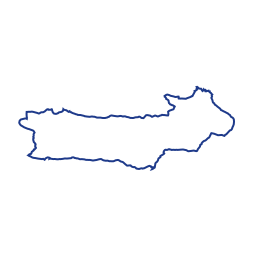 Pesca, Boyacá, Colombia, rotated 252°
{"feature_id": "7082276B29348566531971", "entity_name": "Pesca", "entity_type": "district", "adm_level": 2, "iso_a3": "COL", "parent_name": "Colombia", "parent_adm1": "Boyacá", "projection": "robinson", "projection_center": [-73.058, 5.497], "detail": "fine", "context": "isolated", "style": "outline", "palette": "blue", "viewbox_px": 256, "rotation_deg": 252, "n_neighbors": 0, "source": "geoboundaries", "source_scale": "gbopen_adm2", "svg_char_len": 5809}
<svg xmlns="http://www.w3.org/2000/svg" viewBox="0 0 256 256"><g transform="rotate(252 128 128)"><path d="M125.0,36.6L124.9,37.8L123.6,38.9L124.5,40.1L124.8,41.5L124.9,42.4L124.3,43.7L123.7,44.2L123.0,43.8L123.1,44.8L122.7,45.0L121.6,47.2L121.1,48.9L120.1,51.0L119.8,52.1L119.6,53.4L119.3,54.0L118.8,56.5L118.6,58.1L118.5,58.7L118.2,59.4L117.8,60.5L116.9,64.6L117.3,65.7L117.0,66.9L116.6,67.5L116.0,68.0L115.7,68.4L115.6,68.9L115.0,69.7L114.8,70.3L114.6,70.8L113.2,72.6L112.6,74.6L111.7,76.7L110.7,78.2L109.3,82.1L107.9,84.6L107.3,88.3L107.2,90.7L107.0,92.1L106.8,92.8L106.4,93.2L104.9,94.6L104.4,95.5L103.8,96.6L103.2,98.6L102.2,100.0L100.9,103.7L100.9,104.9L101.1,106.2L100.8,108.2L100.7,108.6L100.1,109.4L98.8,110.4L98.2,111.0L97.5,112.2L96.9,112.8L94.8,114.0L92.6,115.4L92.4,115.8L92.1,117.2L91.9,118.2L91.6,118.9L90.3,119.5L89.3,120.7L89.0,121.3L89.0,121.8L88.7,122.3L88.0,122.9L86.9,123.4L86.7,123.7L86.0,125.0L85.6,125.9L85.6,127.4L85.5,128.2L85.3,128.8L84.8,129.5L84.9,130.1L84.7,130.9L85.3,134.8L85.4,136.6L85.3,136.8L84.4,138.0L83.6,138.0L82.9,139.8L82.3,139.3L81.4,138.2L81.4,138.8L81.7,139.5L82.1,141.1L82.8,141.6L83.4,141.8L84.6,142.5L85.9,143.1L86.5,144.0L86.9,145.2L87.9,146.4L88.5,146.9L89.0,147.1L89.6,147.6L89.8,148.1L90.0,149.0L90.3,149.8L91.2,150.0L91.4,150.3L91.9,152.8L92.3,154.2L92.6,154.6L93.5,154.3L93.9,154.3L94.3,154.6L94.8,154.9L95.6,156.1L95.7,156.5L95.7,157.1L95.1,158.2L95.1,159.2L95.2,160.5L94.6,161.2L94.3,162.0L93.7,162.6L93.2,164.6L92.6,166.0L92.3,167.4L91.8,168.5L91.0,172.0L90.5,173.8L88.9,176.6L87.3,178.1L87.2,178.4L86.6,181.4L86.3,183.3L86.2,183.6L85.1,185.4L84.8,186.2L85.0,186.8L86.2,187.8L88.1,190.7L89.5,191.4L89.6,191.5L89.8,192.8L89.9,193.0L90.7,193.3L91.6,194.6L92.2,196.3L92.2,197.8L92.7,199.0L93.6,200.8L93.9,202.3L97.3,205.6L97.3,205.8L95.9,208.2L93.3,211.4L92.4,215.1L90.7,217.2L90.8,217.5L91.3,218.0L91.5,218.5L91.6,219.5L94.2,224.1L94.2,225.3L94.3,225.6L95.0,226.6L96.4,227.6L97.4,228.6L98.8,229.7L101.3,230.8L103.5,231.3L104.7,231.1L105.6,230.6L106.7,229.5L107.6,229.2L108.8,229.0L110.1,227.9L111.0,227.5L111.9,226.5L113.2,225.3L114.4,224.0L115.7,222.8L116.3,222.0L117.6,221.7L118.2,221.4L120.8,219.6L122.1,218.9L123.4,217.8L123.8,217.7L124.7,217.7L125.9,216.8L126.6,216.7L128.5,216.9L130.9,216.6L131.8,217.6L132.9,217.6L133.3,217.8L133.8,218.5L134.6,218.0L135.5,217.8L135.8,217.5L136.2,217.3L136.6,216.9L136.9,216.8L137.5,217.0L137.6,216.6L137.9,216.2L138.2,216.1L138.5,216.1L138.4,215.6L138.8,214.9L138.9,214.5L138.7,213.6L139.0,213.0L139.3,213.1L139.7,213.5L140.4,213.3L141.0,213.8L140.4,212.7L140.4,212.0L141.0,211.8L140.5,211.5L140.5,210.8L140.3,210.6L140.2,210.3L141.1,210.1L141.3,209.9L142.0,209.9L142.5,209.7L142.8,209.6L143.0,208.9L143.7,207.6L144.7,207.2L145.8,206.4L145.8,206.1L145.3,206.3L144.6,205.6L144.4,205.7L144.1,206.1L143.7,206.0L143.5,205.7L143.4,205.2L143.1,205.2L142.8,204.7L142.6,202.7L142.4,202.7L142.1,202.9L141.9,202.8L138.4,199.1L138.6,198.2L138.4,198.0L138.2,197.4L138.1,193.7L138.0,192.5L137.9,192.1L139.4,188.3L139.8,186.9L140.4,185.3L140.6,185.3L141.7,185.8L142.2,185.8L142.4,185.2L142.7,183.1L143.0,182.4L144.0,181.0L145.4,178.6L146.7,177.2L147.6,175.8L147.7,174.7L147.2,172.8L146.7,172.9L146.4,172.6L145.8,173.0L145.2,173.3L144.6,173.4L143.8,173.3L143.5,173.6L143.2,174.0L142.0,174.9L141.6,174.9L141.4,175.0L140.4,174.8L139.0,174.7L138.5,175.1L137.9,175.2L137.2,175.6L136.6,176.6L136.2,176.8L136.0,177.1L135.9,177.4L135.4,178.0L134.7,178.4L134.4,178.9L134.0,179.1L132.6,177.7L132.1,177.4L131.8,177.0L131.7,176.1L131.8,175.3L131.7,174.7L131.7,173.3L131.5,172.1L131.1,171.2L128.7,170.7L128.0,170.3L127.6,170.0L127.9,168.9L128.3,168.3L128.6,167.5L129.0,166.9L129.1,166.3L130.0,164.4L129.8,164.0L129.9,162.5L129.7,160.1L130.0,159.5L130.6,158.9L131.5,157.6L131.2,154.3L132.9,152.9L134.2,150.6L134.5,149.5L134.5,149.0L134.2,148.5L132.6,145.8L133.3,144.1L133.7,143.7L134.6,143.1L135.3,142.3L135.4,142.0L135.2,140.8L135.8,138.6L135.9,137.2L135.8,136.5L136.2,135.2L136.6,134.2L136.9,133.3L137.8,132.2L138.4,131.3L138.6,130.7L140.0,128.8L140.4,127.7L140.4,126.9L140.6,126.5L141.3,125.6L141.9,124.3L142.1,122.6L142.4,121.4L143.9,118.3L145.0,116.3L145.1,115.2L145.0,114.5L144.5,113.2L144.6,112.6L144.4,111.6L144.6,109.3L145.3,107.1L146.5,104.8L147.1,102.9L147.5,101.7L149.0,99.7L149.6,98.2L150.1,97.3L150.5,94.9L151.8,92.0L152.2,91.4L152.4,90.7L153.2,89.8L155.1,86.7L155.9,84.4L156.2,84.1L156.6,83.7L157.4,82.4L157.9,81.9L159.5,79.7L159.8,79.4L160.5,79.0L160.8,78.2L161.5,77.6L162.0,77.6L161.8,76.4L162.2,76.2L162.7,75.7L163.8,75.0L164.8,73.3L165.5,72.5L165.9,72.3L164.6,71.6L164.1,70.8L163.9,69.4L164.2,67.2L163.7,66.1L163.8,65.8L163.6,64.7L163.7,63.9L164.0,63.1L164.6,62.1L164.9,61.8L166.5,61.3L168.6,61.3L169.2,61.4L169.4,61.3L169.3,59.9L170.0,57.9L170.6,57.7L170.7,56.9L170.6,56.4L169.5,53.9L169.3,52.8L169.2,52.2L169.7,50.5L169.7,49.7L169.3,48.3L169.3,47.7L170.4,46.3L172.9,42.4L173.4,41.2L173.5,40.3L174.3,38.0L174.3,37.5L174.6,36.6L172.6,35.8L172.4,35.8L170.7,35.3L168.8,35.0L168.0,34.6L168.6,34.1L168.9,32.7L169.2,28.8L168.5,27.3L166.9,26.3L166.4,26.2L165.9,26.2L164.7,26.5L163.7,26.9L161.9,28.5L161.5,28.8L160.8,29.4L158.3,32.3L157.6,33.5L155.1,36.7L154.5,37.2L153.6,37.5L152.5,37.7L151.9,36.9L151.3,36.3L150.9,36.2L149.7,35.9L149.4,35.7L149.0,35.2L148.4,35.1L147.8,35.3L147.6,35.2L147.3,35.0L147.0,34.5L146.4,34.4L146.1,34.2L143.7,34.1L142.8,34.6L141.9,34.9L141.5,34.8L141.1,35.1L140.5,34.8L140.1,34.4L139.3,34.2L138.8,33.9L138.2,34.1L137.9,34.3L137.5,34.3L136.6,32.7L136.6,32.4L136.4,32.2L136.6,31.8L136.5,31.7L135.7,31.1L135.6,30.5L135.3,30.1L135.1,29.2L134.7,28.9L134.4,28.6L134.0,28.5L133.4,27.9L133.4,27.3L133.5,26.9L133.3,26.6L133.4,26.1L133.3,25.6L132.9,25.2L132.8,24.7L131.8,25.5L131.1,26.5L129.8,27.6L129.0,28.6L128.6,29.4L128.0,30.7L126.7,33.0L125.0,36.6Z" fill="none" stroke="#1e3a8a" stroke-width="2"/></g></svg>